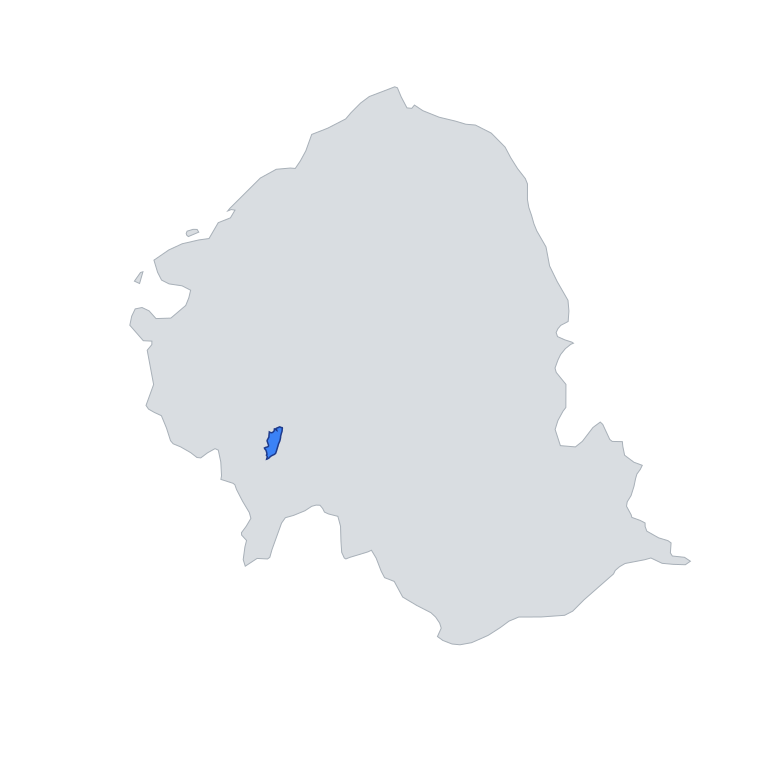 Kien Svay, Kândal, Cambodia (highlighted), rotated 71°
{"feature_id": "14789045B56719191672618", "entity_name": "Kien Svay", "entity_type": "district", "adm_level": 2, "iso_a3": "KHM", "parent_name": "Cambodia", "parent_adm1": "Kândal", "projection": "albers", "projection_center": [105.145, 11.423], "detail": "fine", "context": "in_parent", "style": "filled", "palette": "blue", "viewbox_px": 768, "rotation_deg": 71, "n_neighbors": 0, "source": "geoboundaries", "source_scale": "gbopen_adm2", "svg_char_len": 6078}
<svg xmlns="http://www.w3.org/2000/svg" viewBox="0 0 768 768"><g transform="rotate(71 384 384)"><path d="M651.3,152.0L653.0,157.9L648.7,169.2L644.1,179.4L635.4,188.3L635.0,194.9L632.2,214.5L633.4,220.7L635.5,226.0L638.3,228.8L646.1,247.9L653.2,265.2L660.2,279.5L661.5,288.5L655.4,311.4L648.2,332.5L648.9,343.0L652.2,353.5L655.6,367.5L657.1,385.4L655.3,397.1L652.0,404.3L645.7,411.8L640.2,415.7L633.5,409.4L628.2,409.2L621.1,411.1L615.5,414.1L604.1,425.1L591.5,435.7L574.0,438.6L567.3,446.5L560.0,447.6L546.1,448.1L537.1,450.0L537.5,453.9L536.8,472.6L537.0,477.0L535.6,478.2L529.4,478.8L518.7,475.9L504.3,471.4L494.1,470.7L488.8,478.8L485.7,482.0L481.8,482.5L477.8,484.0L476.4,487.6L476.1,492.2L478.1,500.0L478.8,512.3L478.3,520.8L482.1,526.1L504.2,543.9L510.7,548.4L511.5,551.1L507.6,560.8L511.1,574.5L504.2,574.3L492.7,568.5L487.2,564.9L480.5,567.8L478.2,567.2L473.6,560.5L467.7,553.6L461.7,553.2L448.8,555.9L435.7,557.8L430.7,557.8L428.7,559.1L421.1,569.3L417.9,567.5L404.6,563.7L392.6,562.2L390.1,564.8L391.6,573.2L394.2,581.3L392.6,584.8L386.0,589.1L377.2,596.8L371.9,602.8L368.1,604.3L354.8,604.0L341.5,604.8L336.1,610.4L331.1,614.8L326.8,616.0L309.5,602.0L275.0,596.9L271.2,590.7L267.9,589.5L264.7,597.5L245.7,605.2L237.8,600.5L232.0,594.8L232.9,587.9L238.4,582.3L247.9,578.3L252.3,564.1L245.2,545.9L239.0,540.5L232.4,536.3L225.4,543.0L219.4,554.6L213.3,560.5L204.7,561.7L192.0,561.2L187.2,543.9L185.7,529.1L187.5,512.2L189.5,502.1L177.5,488.2L176.9,475.1L171.1,468.3L169.3,471.7L169.5,475.4L167.8,472.7L149.0,433.9L145.9,416.0L149.3,402.3L151.3,397.7L145.8,390.4L138.1,382.0L124.5,371.1L123.8,354.0L120.9,333.9L116.8,327.0L110.7,314.6L107.4,304.3L106.5,277.1L108.3,274.9L118.0,274.3L130.4,272.4L132.4,268.0L130.2,264.4L138.2,258.3L149.7,245.0L158.6,231.0L165.0,222.1L168.9,213.3L181.7,200.9L199.4,192.4L211.4,190.5L223.8,187.6L235.8,183.5L241.5,183.2L256.2,188.3L264.2,189.6L272.6,189.6L281.3,190.1L288.9,189.7L307.1,186.2L326.3,189.0L343.5,186.9L364.8,182.8L375.2,185.4L384.8,189.5L386.1,197.8L388.3,201.5L391.4,204.5L395.7,204.5L401.1,198.7L405.6,192.7L407.1,191.6L407.3,194.6L409.6,201.0L413.6,207.4L417.8,211.6L424.6,217.1L429.1,217.4L443.6,212.1L465.4,219.7L468.0,223.6L475.1,231.4L482.7,237.0L499.7,237.3L505.8,223.5L502.8,215.1L493.1,200.5L490.4,191.9L493.5,190.3L509.9,188.6L512.6,186.9L516.1,177.4L520.6,178.5L529.7,179.7L539.3,173.2L545.0,166.3L548.1,169.4L551.5,174.2L555.3,176.9L562.2,181.0L569.9,186.7L574.6,192.4L578.5,194.5L588.2,192.9L590.8,193.1L596.4,186.2L600.4,182.4L603.8,183.5L608.7,183.4L618.8,174.5L624.6,166.5L627.7,164.3L636.9,168.2L640.5,167.4L645.7,156.3L651.3,152.0ZM180.9,521.0L179.0,522.1L177.2,522.0L175.4,520.4L175.6,514.2L177.0,510.4L180.1,509.7L180.9,521.0ZM209.4,582.4L205.5,586.5L199.3,577.9L199.4,575.4L209.4,582.4Z" fill="#d9dde1" stroke="#a8b0b8" stroke-width="1"/><path d="M416.9,519.5L416.9,519.4L416.9,519.0L416.9,518.6L416.8,518.3L416.7,517.9L416.7,517.5L416.6,517.2L416.5,516.9L416.4,516.6L416.3,516.4L416.2,516.2L416.0,515.9L415.8,515.5L415.7,515.1L415.6,514.7L415.4,514.4L415.3,514.0L415.2,513.6L415.2,513.2L415.1,512.8L415.1,512.5L415.0,512.1L415.0,511.7L415.0,511.4L415.0,511.2L414.9,510.9L414.8,510.6L414.8,510.3L414.6,509.9L414.5,509.6L414.4,509.3L414.2,509.0L414.0,508.8L413.9,508.7L413.7,508.6L413.3,508.3L413.2,508.2L412.9,507.9L412.7,507.8L412.6,507.7L412.4,507.6L412.1,507.4L411.9,507.2L411.5,506.9L411.1,506.7L410.7,506.3L410.3,506.1L410.0,505.8L409.8,505.7L409.5,505.5L409.2,505.3L409.1,505.2L408.9,505.1L408.7,504.9L408.3,504.6L408.1,504.4L407.8,504.3L407.5,504.1L407.3,503.9L407.0,503.7L406.8,503.6L406.5,503.4L406.3,503.2L406.2,503.2L406.0,502.9L405.8,502.8L405.7,502.7L405.3,502.3L405.2,502.2L404.9,501.9L404.6,501.7L404.3,501.4L404.2,501.3L404.0,501.1L403.9,501.0L403.7,500.9L403.4,500.7L403.2,500.6L403.0,500.4L402.8,500.3L402.6,500.2L402.3,500.0L402.1,499.9L401.8,499.7L401.6,499.6L401.2,499.3L400.9,499.2L400.7,499.2L400.3,499.0L400.0,498.9L399.8,498.7L399.5,498.6L399.2,498.4L397.4,497.2L396.7,496.7L396.3,496.4L396.1,496.2L395.9,496.0L395.7,495.9L395.4,495.8L395.2,495.7L394.7,495.4L394.2,495.2L393.9,495.1L393.5,494.9L393.3,494.8L393.2,494.7L392.8,494.6L392.7,494.5L392.3,494.4L392.2,494.4L392.1,494.5L391.9,494.8L391.7,495.3L391.5,495.6L391.0,496.0L390.8,496.3L390.6,496.6L390.5,497.0L390.6,497.3L390.7,497.8L390.7,498.0L390.7,498.3L390.8,498.4L390.8,498.6L390.7,498.9L390.7,499.2L390.8,499.6L390.8,499.9L390.9,500.4L393.0,500.5L392.8,500.7L392.5,500.8L392.2,500.8L391.8,501.1L391.4,501.3L391.1,501.6L390.8,502.0L390.8,502.3L391.1,502.4L391.3,502.5L391.6,502.6L391.8,502.7L392.1,502.8L392.3,503.0L392.5,503.2L392.7,503.4L392.9,503.7L393.0,503.9L393.1,504.1L393.2,504.3L393.3,504.5L393.4,504.9L393.5,505.1L393.5,505.4L393.5,505.8L393.5,506.1L393.4,506.3L393.3,506.6L393.2,506.8L393.0,507.0L392.9,507.1L392.8,507.3L392.7,507.4L392.5,507.6L392.3,507.7L392.2,507.8L392.0,508.0L392.3,508.1L392.6,508.3L392.9,508.4L393.2,508.6L393.4,508.7L393.7,508.8L393.9,508.9L394.3,509.1L394.6,509.2L395.0,509.4L395.4,509.6L395.9,509.8L396.2,509.9L396.7,510.1L396.9,510.3L397.1,510.5L397.3,510.8L397.6,511.1L397.8,511.3L398.1,511.6L398.4,511.9L398.7,512.3L399.0,512.6L399.3,512.8L399.5,513.0L399.8,513.1L400.1,513.1L400.4,513.1L400.5,513.1L400.9,513.1L401.1,513.1L401.5,513.1L401.8,513.1L402.2,513.1L402.5,513.1L402.9,513.1L403.3,513.1L403.8,513.1L404.1,513.1L404.3,513.1L404.5,513.2L404.8,513.3L405.0,513.4L405.2,513.5L405.3,513.7L405.4,514.0L405.5,514.2L405.5,514.3L405.5,514.7L405.5,515.2L405.5,515.6L405.5,516.1L405.5,516.4L405.4,516.7L405.5,516.9L405.5,517.2L405.5,517.4L405.6,517.6L405.6,517.9L405.8,517.9L406.0,517.9L406.3,517.9L406.6,517.8L406.9,517.7L407.1,517.6L407.4,517.5L407.7,517.3L408.1,517.2L408.5,517.2L408.9,517.2L409.2,517.2L409.7,517.2L410.1,517.2L410.6,517.3L411.1,517.3L411.5,517.4L411.9,517.5L412.3,517.5L412.5,517.6L412.6,518.0L412.8,518.2L413.1,518.3L413.3,518.4L413.5,518.3L413.7,518.2L413.8,518.2L414.1,518.1L414.3,518.0L414.5,518.0L415.0,518.1L415.4,518.4L415.7,518.6L415.9,518.8L416.1,519.0L416.4,519.2L416.6,519.3L416.9,519.5Z" fill="#3b82f6" stroke="#1e3a8a" stroke-width="1.5"/></g></svg>